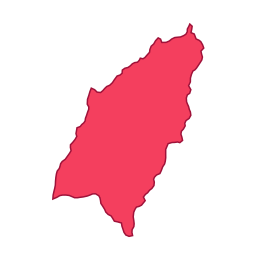 the district of Mesquita, Minas Gerais, Brazil, rotated 184°
{"feature_id": "56859067B82042747316745", "entity_name": "Mesquita", "entity_type": "district", "adm_level": 2, "iso_a3": "BRA", "parent_name": "Brazil", "parent_adm1": "Minas Gerais", "projection": "orthographic", "projection_center": [-42.614, -19.25], "detail": "fine", "context": "isolated", "style": "filled", "palette": "rose", "viewbox_px": 256, "rotation_deg": 184, "n_neighbors": 0, "source": "geoboundaries", "source_scale": "gbopen_adm2", "svg_char_len": 2361}
<svg xmlns="http://www.w3.org/2000/svg" viewBox="0 0 256 256"><g transform="rotate(184 128 128)"><path d="M115.9,21.0L116.8,24.1L116.8,26.9L115.3,30.0L115.2,32.8L115.7,35.7L116.6,39.8L116.4,44.4L115.3,47.5L114.1,49.7L111.4,50.6L109.1,52.0L107.7,54.0L105.8,56.7L107.8,60.2L106.0,63.0L103.9,64.8L102.2,67.4L100.0,69.3L98.1,72.4L98.0,75.9L98.9,78.7L98.1,80.9L96.3,83.1L93.0,84.8L91.8,87.9L90.7,91.7L89.0,94.7L88.5,97.3L88.3,100.9L88.6,104.8L88.9,109.3L87.7,112.8L86.9,115.2L83.1,116.6L80.3,116.9L77.6,117.5L75.3,117.0L72.7,119.4L73.6,122.6L74.8,125.6L74.5,128.5L72.6,130.9L71.1,134.1L71.7,136.7L70.6,139.5L67.7,141.8L66.2,145.1L66.9,148.4L68.1,150.7L69.1,153.7L70.2,155.7L71.4,158.2L71.9,162.0L71.1,165.2L68.9,166.9L68.0,170.6L70.5,174.4L69.0,178.3L69.2,182.2L68.4,186.1L67.2,189.4L65.3,190.7L63.9,192.5L62.1,195.6L60.3,198.8L59.1,201.1L58.7,204.0L59.7,206.7L60.6,209.8L58.0,213.0L59.4,216.2L61.4,219.2L63.3,220.5L66.3,221.6L68.5,226.4L71.8,227.5L71.3,231.1L71.1,234.0L73.6,236.0L74.5,233.5L75.7,230.9L75.6,228.1L76.8,225.6L78.8,224.1L81.9,222.5L84.9,222.0L87.7,221.5L90.6,219.8L92.8,217.7L95.9,216.1L100.3,215.7L101.7,218.9L104.2,220.0L106.6,217.0L108.2,213.6L110.6,211.2L111.6,207.9L111.8,205.0L114.3,201.8L116.1,199.4L117.9,198.1L120.6,198.5L121.5,196.3L123.1,194.3L125.9,193.7L128.2,192.3L129.9,190.3L132.2,188.4L135.3,187.4L137.7,185.4L137.7,182.2L139.6,180.3L142.5,179.1L144.9,175.3L146.7,172.1L149.2,169.4L152.1,167.9L154.0,165.8L155.7,163.5L157.8,161.5L161.3,161.6L164.0,163.9L167.4,165.2L168.5,161.7L169.4,157.6L170.4,153.8L170.3,148.9L168.6,146.3L168.5,143.9L169.4,141.0L170.2,137.7L171.1,134.8L171.3,132.0L172.5,130.0L174.3,128.3L175.8,126.1L178.9,124.7L179.2,121.6L179.5,118.8L178.5,116.0L180.0,112.9L182.2,109.7L184.2,107.3L184.1,104.6L183.2,101.4L184.5,98.8L186.2,96.0L188.4,92.4L191.3,90.0L192.7,87.7L193.1,85.3L193.7,82.9L195.6,80.1L196.2,77.2L196.5,73.7L196.6,69.9L196.5,65.9L196.9,62.7L197.5,59.2L198.0,55.9L198.0,51.9L194.1,53.9L191.3,55.8L188.8,56.5L185.4,56.8L181.9,56.6L178.6,55.5L176.4,54.7L173.6,54.9L171.1,55.5L168.0,56.1L163.9,57.3L161.2,58.5L158.7,59.8L155.8,60.1L152.4,58.4L151.1,56.3L150.4,53.8L149.8,50.9L147.6,48.0L145.6,45.2L144.3,42.6L141.8,40.4L138.7,39.1L137.1,37.0L135.1,34.1L131.6,33.6L127.9,32.8L127.2,29.7L126.0,26.8L124.7,23.6L122.7,21.1L119.4,20.0L115.9,21.0Z" fill="#f43f5e" stroke="#9f1239" stroke-width="1.5"/></g></svg>